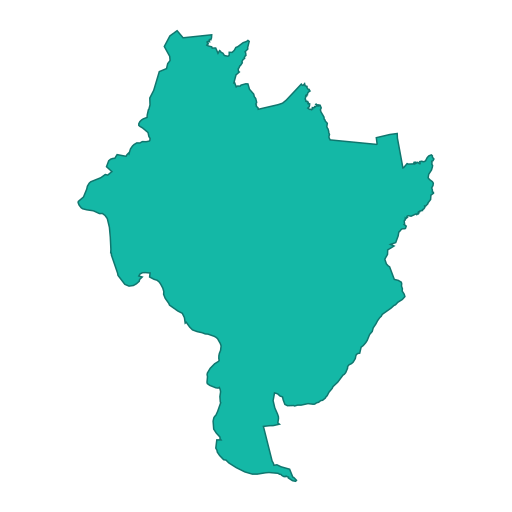 Tampacán, San Luis Potosí, Mexico
{"feature_id": "50627088B27079735584148", "entity_name": "Tampacán", "entity_type": "district", "adm_level": 2, "iso_a3": "MEX", "parent_name": "Mexico", "parent_adm1": "San Luis Potosí", "projection": "orthographic", "projection_center": [-98.734, 21.409], "detail": "fine", "context": "isolated", "style": "filled", "palette": "teal", "viewbox_px": 512, "rotation_deg": 0, "n_neighbors": 0, "source": "geoboundaries", "source_scale": "gbopen_adm2", "svg_char_len": 6010}
<svg xmlns="http://www.w3.org/2000/svg" viewBox="0 0 512 512"><path d="M215.8,448.1L217.0,450.3L217.3,452.1L219.6,455.5L223.6,459.7L226.0,460.1L228.8,462.9L236.2,467.6L244.8,471.9L252.3,474.1L257.4,474.1L265.4,472.8L269.0,472.5L278.0,473.3L279.5,474.2L281.1,474.5L281.7,475.3L283.6,476.5L284.4,476.4L285.0,476.8L286.0,476.1L286.7,476.3L286.8,476.6L288.6,477.2L288.4,478.0L292.5,480.7L295.6,481.3L296.5,480.3L293.8,477.5L292.8,477.1L289.6,469.2L281.1,466.8L276.9,464.8L273.9,465.3L273.4,463.3L272.1,461.0L263.4,426.4L269.3,425.7L273.3,425.6L279.4,424.2L277.8,422.9L278.5,418.6L278.4,416.7L277.5,414.0L274.8,407.9L273.1,400.6L274.5,392.9L277.6,393.8L280.0,396.0L282.5,396.9L283.2,399.9L284.9,404.4L287.5,405.7L293.6,405.5L294.6,406.0L297.6,405.1L301.2,405.1L308.0,403.6L313.0,404.2L314.7,404.1L316.6,402.8L318.6,402.3L320.7,400.6L322.6,400.3L325.3,398.1L326.1,396.7L327.1,395.8L328.9,392.3L332.1,388.5L333.0,386.6L337.7,382.2L343.0,375.1L344.3,374.3L345.7,372.6L347.6,368.1L347.6,366.6L349.0,364.8L351.5,363.6L353.1,362.2L355.3,358.6L355.9,355.5L356.5,354.5L357.7,353.5L359.7,353.2L361.1,347.2L363.2,345.6L365.8,342.6L367.2,340.4L369.6,334.5L372.2,331.5L373.2,327.9L375.9,323.9L377.5,320.8L379.7,317.7L381.3,316.2L382.2,314.4L391.2,308.0L393.9,305.5L395.5,304.8L397.8,302.3L402.3,299.5L404.9,296.6L404.2,294.2L402.2,291.1L402.4,288.7L401.5,286.1L401.7,283.7L401.3,282.2L398.3,280.4L394.3,279.4L389.6,266.8L388.2,265.9L386.4,263.9L384.8,259.2L387.5,254.4L387.7,249.9L394.0,246.0L390.5,244.4L395.7,242.6L398.2,235.8L398.8,232.0L399.4,231.7L401.1,229.6L402.3,228.8L404.9,228.7L405.5,228.3L406.2,226.1L404.1,224.5L404.6,224.1L404.2,221.1L404.5,220.3L405.2,220.0L405.3,218.3L405.7,218.8L406.7,217.9L407.3,217.4L406.7,217.1L407.2,216.1L408.4,215.7L411.1,216.2L415.6,214.1L416.4,214.0L416.8,214.6L417.7,213.8L418.4,213.9L418.7,213.4L418.3,213.0L418.8,212.5L418.3,212.2L418.5,211.8L419.8,211.7L419.9,211.0L422.5,210.5L422.4,209.7L423.7,209.0L424.8,207.5L424.6,206.0L425.6,206.1L427.9,203.7L427.8,203.2L430.6,199.5L430.9,195.2L433.5,193.2L433.4,192.3L432.3,192.0L432.4,190.0L431.7,187.9L433.0,185.5L433.3,183.2L432.4,181.7L429.5,179.5L428.1,177.8L428.7,174.3L431.5,170.0L432.4,166.9L432.6,165.4L431.8,164.3L432.0,162.6L431.7,161.3L432.9,160.8L433.9,159.0L432.4,157.2L432.4,155.9L431.4,154.9L430.5,155.2L428.8,155.9L427.2,157.6L425.5,160.9L423.9,161.7L422.6,161.6L421.9,161.2L419.8,161.6L420.1,163.6L419.4,163.7L417.8,162.3L415.2,163.7L415.6,162.2L414.1,162.3L413.5,163.9L408.3,164.1L407.1,163.6L403.7,167.6L402.9,167.9L397.4,138.1L397.2,133.5L389.8,134.5L376.3,137.7L377.1,144.0L376.5,144.4L330.1,139.9L329.0,137.6L329.0,136.1L329.5,134.5L328.7,132.5L328.7,131.4L328.0,128.9L327.3,128.0L326.8,126.6L327.3,123.3L325.3,121.1L324.9,119.8L324.1,119.0L324.0,117.1L320.9,111.8L320.4,109.8L321.2,107.9L320.1,105.2L318.4,104.9L318.7,105.9L317.9,106.1L316.1,104.1L315.8,104.4L316.3,104.7L316.6,105.6L315.4,106.9L314.7,106.6L314.1,107.7L312.4,107.6L312.6,108.9L311.7,109.1L311.7,109.7L311.4,109.8L310.7,109.3L309.6,109.4L307.8,108.1L309.2,106.8L309.6,105.1L309.6,103.8L308.2,103.9L307.9,103.3L308.3,102.7L307.6,101.4L306.6,101.6L305.8,101.2L306.0,100.5L305.1,98.9L305.6,97.7L305.6,96.6L306.5,96.0L306.0,95.9L305.8,95.4L307.6,94.1L307.7,93.0L308.3,92.2L310.0,91.0L308.9,89.9L309.8,89.3L308.8,89.6L308.0,89.1L306.8,87.3L307.0,86.4L305.1,85.8L304.6,83.7L303.1,85.4L302.4,85.4L301.3,84.1L286.3,100.1L282.5,103.2L278.0,104.7L258.2,109.3L258.1,108.0L256.2,106.1L256.4,105.0L255.9,104.2L256.0,103.4L257.0,102.4L256.7,102.5L255.7,98.5L254.3,96.7L253.7,94.1L249.5,89.3L247.9,83.9L245.7,83.8L241.0,85.1L240.2,86.1L237.2,86.1L236.2,86.9L234.6,82.6L233.9,82.8L236.0,74.9L239.3,72.0L238.5,71.4L238.2,68.9L239.1,67.7L239.8,65.8L240.4,65.6L242.3,62.8L241.9,61.8L243.0,59.6L244.6,58.4L244.3,57.6L245.3,55.8L245.9,55.5L245.7,53.0L245.1,51.8L247.8,49.0L247.6,47.7L249.2,41.4L247.9,40.4L246.7,41.4L243.1,42.7L237.9,46.6L235.8,47.5L234.3,50.3L232.1,52.4L229.2,52.3L229.2,55.1L228.6,55.9L227.5,56.2L224.4,55.5L222.9,53.2L220.9,52.2L220.6,51.4L219.6,50.6L218.0,53.3L215.7,48.0L212.2,48.1L211.7,46.8L208.7,46.1L206.8,45.2L207.4,44.2L208.2,43.9L208.1,43.1L207.2,42.6L207.2,41.7L208.3,41.4L209.5,41.7L209.1,40.1L209.9,39.4L210.8,39.8L211.5,37.9L211.7,34.8L183.1,37.8L177.1,30.7L169.9,35.9L164.3,46.5L169.7,56.3L170.1,60.5L167.7,63.6L166.5,68.6L159.3,71.6L153.7,90.4L149.8,98.0L150.0,104.9L148.9,109.2L148.4,109.7L147.2,115.1L147.1,117.4L143.2,118.9L141.5,120.0L139.9,121.6L138.8,123.7L138.8,125.4L140.1,126.5L142.5,127.9L148.0,132.5L148.9,136.5L150.1,138.5L149.8,140.6L149.2,141.1L146.2,141.7L142.3,141.6L139.9,143.0L136.8,142.9L134.1,144.5L132.5,146.0L130.5,148.9L129.0,153.7L128.6,153.0L126.9,154.8L126.0,156.3L117.1,154.6L114.8,158.3L113.0,158.4L110.6,159.2L108.7,160.8L106.5,166.7L111.9,171.6L107.7,175.1L105.3,174.5L100.8,177.7L90.7,181.8L89.2,183.2L87.4,186.2L86.7,189.2L83.5,197.0L78.3,201.4L78.1,202.6L79.1,205.1L81.2,207.8L82.7,208.8L86.8,209.8L93.4,210.8L99.5,213.6L102.4,213.5L105.0,215.4L107.3,218.6L109.4,227.3L110.3,237.2L110.9,249.5L110.7,252.9L111.4,253.3L111.4,255.0L117.6,273.2L118.0,275.4L124.8,284.3L129.0,286.1L133.4,285.5L136.4,283.8L139.2,281.3L139.6,279.5L142.2,277.0L138.8,276.0L140.0,274.0L142.5,272.7L145.4,272.6L150.1,273.0L149.6,277.0L154.0,279.3L157.0,280.2L159.2,282.0L160.6,284.0L162.8,288.1L163.8,291.6L163.6,294.3L165.2,298.3L168.8,303.4L169.5,305.1L177.8,311.0L182.3,313.3L184.4,317.6L185.2,323.1L186.2,322.2L189.7,327.1L192.5,329.9L197.1,331.6L202.1,332.7L205.2,333.9L207.9,334.1L214.2,336.3L216.0,337.3L217.6,338.7L218.6,340.5L220.3,343.5L221.1,345.9L220.6,350.3L219.4,353.3L218.9,355.6L218.8,358.5L219.2,360.5L218.3,361.5L214.6,363.8L210.2,368.3L207.4,373.0L207.1,374.6L207.5,376.7L207.0,382.2L207.3,383.6L209.8,385.4L215.8,387.8L218.2,388.1L219.3,387.4L220.2,389.5L220.6,391.8L219.9,396.6L220.3,401.9L220.7,402.7L217.6,411.5L215.9,415.2L214.6,416.5L213.8,417.9L213.1,421.2L213.7,429.1L216.4,433.2L220.0,437.1L220.0,438.5L221.0,439.9L216.8,439.9L215.8,448.1Z" fill="#14b8a6" stroke="#0f766e" stroke-width="1.5"/></svg>